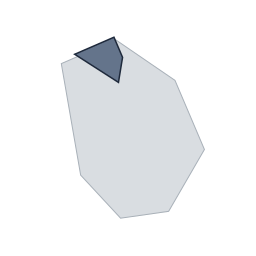 location of Yaren within Nauru, rotated 144°
{"feature_id": "NRU-4983", "entity_name": "Yaren", "entity_type": "state/province", "adm_level": 1, "iso_a3": "NRU", "parent_name": "Nauru", "parent_adm1": "", "projection": "natural_earth1", "projection_center": [166.924, -0.543], "detail": "fine", "context": "in_parent", "style": "filled", "palette": "slate", "viewbox_px": 256, "rotation_deg": 144, "n_neighbors": 0, "source": "natural_earth", "source_scale": "10m", "svg_char_len": 392}
<svg xmlns="http://www.w3.org/2000/svg" viewBox="0 0 256 256"><g transform="rotate(144 128 128)"><path d="M194.0,117.7L144.1,219.3L86.1,206.5L62.0,138.9L78.8,65.7L144.1,36.7L187.0,59.4L194.0,117.7Z" fill="#d9dde1" stroke="#a8b0b8" stroke-width="1"/><path d="M127.8,219.0L86.0,209.7L90.9,188.3L95.6,183.7L108.9,170.5L127.8,219.0Z" fill="#64748b" stroke="#1e293b" stroke-width="1.5"/></g></svg>